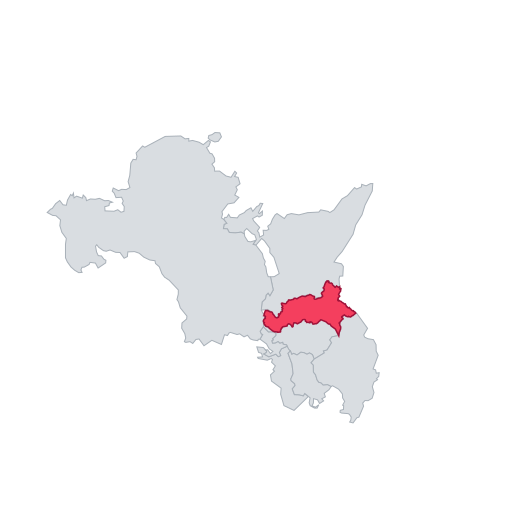 Pakistan highlighted among its neighbors, rotated 222°
{"feature_id": "PAK", "entity_name": "Pakistan", "entity_type": "country or territory", "adm_level": 0, "iso_a3": "PAK", "parent_name": "Asia", "parent_adm1": "", "projection": "equal_earth", "projection_center": [69.806, 30.395], "detail": "fine", "context": "with_neighbors", "style": "filled", "palette": "rose", "viewbox_px": 512, "rotation_deg": 222, "n_neighbors": 7, "source": "natural_earth", "source_scale": "50m", "svg_char_len": 13472}
<svg xmlns="http://www.w3.org/2000/svg" viewBox="0 0 512 512"><g transform="rotate(222 256 256)"><path d="M123.1,186.5L124.4,166.7L135.1,163.5L145.2,169.8L148.9,174.6L160.8,173.4L165.7,177.3L165.2,182.8L167.3,182.8L168.1,187.3L173.4,187.5L174.5,190.1L176.1,190.0L177.9,186.1L185.8,181.3L187.1,181.8L183.6,185.4L186.7,187.4L189.6,186.1L194.6,189.0L189.3,192.9L184.4,192.5L183.7,191.0L184.6,188.4L179.0,189.7L175.6,196.3L172.1,196.1L171.0,198.5L174.1,199.9L175.0,204.0L172.5,209.8L166.9,208.5L167.1,205.1L157.1,199.9L149.7,193.4L147.8,187.8L146.4,186.8L141.9,187.0L140.3,185.9L140.1,181.5L134.7,178.7L131.0,181.8L127.3,183.7L127.8,186.5L123.1,186.5Z" fill="#d9dde1" stroke="#a8b0b8" stroke-width="1"/><path d="M304.5,261.6L305.0,263.9L303.6,265.0L304.2,268.7L300.9,267.6L295.4,271.8L295.8,275.3L293.7,280.4L293.7,283.3L292.0,288.4L288.3,287.0L288.5,293.3L287.6,295.4L288.2,298.0L286.1,299.5L283.1,289.7L281.8,289.7L281.3,293.7L278.6,290.5L279.8,287.0L281.8,286.7L283.6,281.5L280.9,280.5L272.4,279.7L271.7,275.5L269.5,275.2L265.8,272.6L264.4,276.7L267.9,279.9L265.2,282.2L264.3,284.4L267.2,286.0L266.6,289.7L268.4,294.3L269.3,299.4L268.8,301.6L260.0,302.8L260.5,307.5L258.1,311.2L251.6,315.3L246.7,322.7L238.7,330.7L238.8,333.6L232.3,337.4L230.2,337.7L228.9,342.5L230.3,356.0L228.4,362.0L228.5,372.8L226.0,373.1L223.9,377.9L225.4,380.0L221.1,381.8L219.5,386.2L217.7,388.0L213.1,382.1L209.0,366.7L204.8,357.6L202.7,345.8L198.4,337.1L195.0,317.0L194.9,309.5L194.0,303.7L187.3,307.4L184.1,306.7L178.1,299.2L180.3,297.0L178.9,294.5L173.6,289.3L176.6,285.3L186.6,285.3L185.7,280.0L183.2,277.0L182.6,272.3L179.7,269.6L184.6,263.3L189.9,263.7L194.5,257.5L197.2,251.4L201.5,245.5L201.3,241.3L205.0,237.9L201.4,235.0L198.2,226.0L200.3,223.5L206.9,224.9L211.8,224.0L215.8,219.2L220.7,225.9L220.4,230.7L222.3,233.6L222.2,236.6L219.1,235.8L220.5,242.3L231.3,250.2L228.6,252.9L227.0,258.5L241.8,267.0L248.0,267.8L250.8,270.9L259.8,272.9L263.5,272.8L263.3,264.0L266.0,262.7L266.8,268.6L271.1,270.9L273.8,270.0L281.3,270.2L281.4,266.5L279.4,264.6L283.0,263.8L286.8,259.4L291.6,255.6L295.5,257.0L298.5,254.5L300.9,258.2L299.6,260.7L304.5,261.6Z" fill="#d9dde1" stroke="#a8b0b8" stroke-width="1"/><path d="M166.9,208.5L169.3,208.6L173.8,210.4L176.9,208.6L178.4,209.7L179.8,207.1L182.3,207.2L183.4,204.1L185.3,202.2L187.6,203.5L187.1,205.2L188.4,205.5L188.1,210.2L189.8,212.1L193.2,210.3L195.8,207.8L203.2,208.2L204.0,209.8L189.8,213.4L187.3,215.8L188.8,221.1L186.7,223.6L186.9,225.8L185.7,227.9L181.5,227.7L183.3,231.5L180.5,233.0L178.6,236.5L178.8,240.0L177.1,241.7L175.5,241.1L172.1,241.9L171.6,243.6L168.3,243.5L165.8,246.9L165.6,251.9L159.8,254.4L156.7,253.9L155.7,255.2L153.1,254.4L148.6,255.3L141.2,252.3L145.4,246.9L145.1,243.1L141.8,242.1L140.3,233.7L142.3,230.5L140.4,229.7L143.8,218.3L148.1,220.5L151.4,219.7L152.4,217.1L155.8,216.2L158.3,214.5L159.3,209.9L162.9,208.8L163.6,206.8L166.9,208.5Z" fill="#d9dde1" stroke="#a8b0b8" stroke-width="1"/><path d="M172.5,209.8L175.0,204.0L174.1,199.9L171.0,198.5L172.1,196.1L175.6,196.3L179.0,189.7L184.6,188.4L183.7,191.0L184.4,192.5L186.1,192.4L184.6,194.1L180.0,193.2L179.6,196.4L184.1,195.9L189.4,197.7L197.4,196.9L198.6,202.1L199.9,201.5L202.6,202.8L203.2,208.2L195.8,207.8L193.2,210.3L189.8,212.1L188.1,210.2L188.4,205.5L187.1,205.2L187.6,203.5L185.3,202.2L183.4,204.1L182.3,207.2L179.8,207.1L178.4,209.7L176.9,208.6L173.8,210.4L172.5,209.8Z" fill="#d9dde1" stroke="#a8b0b8" stroke-width="1"/><path d="M108.8,183.9L110.8,182.1L115.6,181.0L118.3,182.5L120.9,186.8L127.8,186.5L127.3,183.7L131.0,181.8L134.7,178.7L140.1,181.5L140.3,185.9L141.9,187.0L146.4,186.8L147.8,187.8L149.7,193.4L157.1,199.9L167.1,205.1L166.9,208.5L163.6,206.8L162.9,208.8L159.3,209.9L158.3,214.5L155.8,216.2L152.4,217.1L151.4,219.7L148.1,220.5L143.8,218.3L143.6,213.5L140.4,213.3L135.7,208.2L132.3,207.6L127.7,204.8L124.7,204.2L122.8,205.3L119.9,205.1L116.7,208.4L112.8,209.4L112.3,205.4L113.4,199.6L110.2,197.7L111.6,193.9L108.8,193.6L110.1,188.9L114.0,190.3L117.8,188.5L115.0,185.2L114.1,182.1L110.6,183.5L109.8,187.5L108.8,183.9Z" fill="#d9dde1" stroke="#a8b0b8" stroke-width="1"/><path d="M86.4,251.7L84.2,248.6L84.4,245.4L82.9,245.4L84.0,241.2L82.1,236.7L77.0,233.5L74.5,228.0L75.9,223.5L78.3,221.5L78.3,218.1L75.6,216.4L71.7,205.1L72.8,203.3L72.2,196.9L75.3,195.3L75.7,197.4L77.5,200.0L80.4,200.8L81.9,200.6L87.4,196.5L89.0,196.1L90.1,197.7L88.3,200.5L90.7,203.4L91.8,203.1L92.8,207.3L96.7,208.5L99.5,211.3L105.5,212.3L112.3,210.8L112.8,209.4L116.7,208.4L119.9,205.1L122.8,205.3L124.7,204.2L127.7,204.8L132.3,207.6L135.7,208.2L140.4,213.3L143.6,213.5L143.8,218.3L140.4,229.7L142.3,230.5L140.3,233.7L141.8,242.1L145.1,243.1L145.4,246.9L141.2,252.3L145.0,259.0L149.2,261.7L149.2,266.9L151.4,267.9L151.7,270.7L145.1,273.8L143.2,280.9L124.7,276.9L123.1,269.4L121.0,268.4L117.5,269.4L112.8,272.4L107.4,270.4L103.0,265.7L98.8,264.0L93.4,250.4L90.9,251.4L88.2,249.4L86.4,251.7Z" fill="#d9dde1" stroke="#a8b0b8" stroke-width="1"/><path d="M365.3,323.3L361.4,321.4L360.8,316.0L362.9,313.2L367.8,311.5L370.4,311.6L371.7,314.0L369.9,316.7L369.1,320.3L365.3,323.3ZM224.5,180.8L224.0,177.8L226.7,176.4L222.5,167.1L232.4,163.8L234.6,154.5L242.8,156.2L244.8,153.8L244.5,148.7L247.7,148.2L250.4,144.8L251.9,144.4L253.3,148.0L257.0,150.7L262.9,152.6L266.2,156.7L265.4,162.8L267.1,165.1L277.6,166.8L283.0,170.1L285.6,170.7L288.2,175.6L291.0,178.8L304.3,179.9L309.7,179.1L314.0,179.9L320.7,183.3L325.7,183.2L327.9,184.9L332.2,182.0L338.5,180.1L344.7,179.9L349.2,178.0L354.0,173.3L351.2,169.5L352.5,166.1L359.4,167.6L362.8,164.8L368.5,162.8L370.5,159.3L372.9,157.9L378.6,157.2L381.9,157.8L381.8,155.9L377.2,152.3L373.5,150.7L370.9,152.6L366.8,151.8L364.7,152.4L363.1,150.3L365.3,141.4L370.6,143.3L375.1,140.2L374.4,138.0L376.2,132.8L377.8,131.2L376.8,128.5L374.3,127.4L376.6,125.0L381.1,124.1L386.1,124.0L392.3,125.4L396.4,127.2L405.4,137.2L408.7,142.1L416.1,143.7L422.1,147.3L425.5,152.1L431.6,152.1L434.3,150.1L440.3,148.6L440.0,153.2L439.2,155.1L439.9,160.8L439.0,165.9L433.7,164.9L430.9,166.8L433.5,171.4L434.9,177.7L432.9,177.8L433.8,180.6L430.1,177.4L429.4,180.4L423.7,182.8L425.2,185.7L421.5,185.5L419.0,183.7L417.2,187.6L413.4,190.6L410.9,194.1L405.4,195.8L402.9,198.4L398.7,199.9L400.4,197.3L399.0,195.1L401.4,191.4L398.4,188.5L391.4,194.3L389.7,197.9L385.6,198.2L384.0,200.8L387.0,204.6L390.7,205.5L391.4,208.0L395.2,209.7L399.1,205.7L403.4,207.8L406.2,208.0L407.6,211.0L401.8,212.6L400.5,215.6L396.9,218.5L395.5,222.5L400.8,225.7L403.7,231.4L411.2,241.3L412.0,245.6L409.5,247.3L411.1,250.4L414.0,252.3L413.9,261.9L411.4,262.4L403.5,284.1L392.2,294.9L387.1,295.6L384.6,298.4L382.8,296.4L380.5,299.4L374.4,302.5L369.7,303.4L368.7,310.0L366.2,310.3L364.6,305.9L365.4,303.5L359.1,301.5L357.0,302.5L352.2,300.9L349.8,298.4L350.2,294.8L345.9,293.7L343.5,291.4L339.9,294.7L331.8,295.4L327.2,297.8L328.4,304.8L325.9,304.7L325.1,300.7L321.9,302.5L316.2,299.0L317.2,293.9L314.2,292.7L312.6,287.1L307.9,288.1L307.9,280.8L311.8,275.8L311.0,266.2L308.9,264.7L307.1,261.2L304.5,261.6L299.6,260.7L300.9,258.2L298.5,254.5L295.5,257.0L291.6,255.6L286.8,259.4L283.0,263.8L279.4,264.6L277.4,263.0L271.7,261.4L269.4,263.0L266.7,267.4L266.0,262.7L263.3,264.0L252.9,262.0L249.1,259.4L245.6,258.2L244.0,255.3L241.4,254.5L236.7,250.6L233.1,248.8L231.3,250.2L220.5,242.3L219.1,235.8L222.2,236.6L222.3,233.6L220.4,230.7L220.7,225.9L215.8,219.2L208.6,216.9L207.2,212.5L204.0,209.8L203.2,208.2L202.6,202.8L199.9,201.5L198.6,202.1L197.4,196.9L198.6,195.6L198.0,194.3L201.9,191.7L204.8,190.6L209.3,191.4L210.8,187.9L216.1,187.2L217.5,185.0L223.9,182.1L224.5,180.8Z" fill="#d9dde1" stroke="#a8b0b8" stroke-width="1"/><path d="M211.1,218.2L212.4,221.4L212.3,222.1L211.8,222.4L211.3,222.6L211.2,222.7L211.2,222.9L211.0,223.2L210.5,223.5L210.2,223.5L209.9,223.4L208.7,223.9L208.1,223.9L207.7,224.2L207.4,224.5L206.7,224.9L206.3,224.9L205.6,224.7L204.8,224.3L204.4,224.1L204.1,224.1L203.4,224.1L201.8,223.7L200.6,223.4L199.1,224.0L198.6,225.0L198.5,225.3L198.4,225.6L198.5,225.9L199.0,226.1L199.2,226.4L199.2,226.7L198.9,227.2L198.9,227.4L199.0,227.5L199.8,227.8L200.2,227.8L200.4,227.8L200.4,228.1L200.3,228.4L199.7,228.7L199.3,229.0L199.2,229.4L199.3,229.7L199.4,229.9L199.9,230.4L200.0,230.7L200.0,231.0L199.9,231.4L199.4,232.2L199.3,232.3L199.4,232.5L200.0,233.2L200.4,233.5L200.7,233.6L200.8,234.0L200.9,234.4L200.8,234.7L201.0,235.0L201.6,234.9L202.0,235.0L202.2,234.9L202.4,235.0L202.3,235.9L202.4,236.4L202.5,236.6L202.9,236.8L203.8,236.8L204.9,237.3L205.2,237.6L205.4,237.8L205.3,238.2L205.0,238.6L204.2,238.9L202.8,239.8L202.3,240.1L202.0,240.5L201.9,240.8L201.8,241.1L202.1,242.3L202.2,242.6L201.9,244.3L202.0,244.6L202.3,244.7L202.4,245.1L201.9,245.6L201.3,246.0L201.1,246.0L200.6,246.7L199.7,248.2L199.2,248.7L199.1,249.2L199.3,249.6L199.4,250.0L199.2,250.3L198.8,250.7L198.2,251.1L197.3,251.4L196.9,251.7L196.3,253.9L195.8,255.1L195.1,256.7L194.9,257.1L192.4,258.7L192.1,259.0L191.6,260.7L191.4,261.1L190.6,262.1L190.4,262.9L190.3,263.4L188.8,264.0L187.7,264.1L187.2,264.2L185.8,264.9L185.5,265.0L185.2,264.8L185.0,264.6L184.8,264.2L184.7,263.6L184.4,263.3L184.1,263.1L183.7,263.1L183.3,263.3L183.0,263.6L182.5,264.1L182.1,265.0L181.4,266.4L180.6,267.3L180.2,267.9L179.9,268.2L179.8,268.5L179.6,269.5L179.5,270.4L179.5,270.6L179.7,270.8L180.7,271.5L181.5,271.7L182.1,271.8L182.4,272.0L182.5,272.2L182.6,272.4L182.5,274.0L182.2,274.8L182.2,275.3L182.3,275.8L183.1,277.1L183.4,277.2L183.9,277.2L184.2,277.2L184.5,277.1L184.8,277.3L184.9,277.5L184.8,278.8L185.1,279.3L185.5,280.1L185.9,281.0L186.2,282.0L186.5,282.8L186.7,283.3L186.4,283.5L186.3,284.0L186.3,284.3L186.3,284.5L186.5,284.7L186.6,284.8L186.6,285.0L186.4,285.2L186.1,285.2L185.9,285.4L185.6,285.9L185.4,286.0L185.2,286.0L184.9,285.9L184.5,285.7L184.4,285.4L184.5,285.1L184.4,284.9L184.1,284.9L183.2,285.3L182.3,285.7L182.0,286.3L181.6,286.4L181.0,286.4L180.6,286.4L179.9,285.8L177.9,285.8L177.6,285.7L177.3,285.8L176.9,285.7L176.7,285.8L176.4,285.6L176.2,285.6L176.1,285.8L176.1,287.7L175.0,287.7L174.0,287.9L173.5,288.3L173.4,288.7L173.3,289.0L173.1,288.6L172.9,288.4L172.8,288.5L172.5,288.5L172.1,288.0L171.9,288.5L171.2,288.6L171.2,288.3L171.1,287.9L170.8,288.2L170.5,287.8L170.4,287.3L170.2,287.1L169.9,286.9L169.6,286.4L169.6,285.8L169.5,285.2L169.0,282.8L168.7,282.6L166.9,282.2L166.8,281.8L166.9,280.7L166.9,280.0L166.3,279.0L166.2,278.4L165.7,277.9L165.2,277.7L164.7,277.8L164.5,278.0L164.3,278.4L165.3,278.3L165.6,278.4L165.8,278.6L165.6,278.6L165.2,278.5L164.8,278.5L163.2,278.8L162.3,279.2L161.0,279.1L159.5,279.5L158.2,279.5L157.6,280.2L157.3,280.1L157.1,279.9L155.3,279.3L155.2,279.1L154.9,278.9L154.6,279.2L154.3,279.3L153.4,279.0L152.6,279.2L152.3,279.5L152.3,280.1L151.4,280.0L150.9,279.8L150.2,280.0L148.6,279.7L148.1,279.8L147.6,280.1L147.3,280.4L147.0,280.5L146.7,280.1L146.4,280.0L146.2,280.1L145.9,280.4L145.1,280.6L144.4,280.5L143.6,280.2L143.8,279.6L144.0,277.8L144.1,277.1L144.1,276.8L144.1,276.7L144.4,276.4L144.5,276.2L144.8,274.3L145.0,273.9L146.1,273.3L146.3,273.0L146.8,273.1L146.9,272.7L147.1,272.3L147.5,272.0L147.7,271.9L148.6,271.7L149.1,271.4L149.3,271.4L150.7,271.4L151.0,271.3L151.0,271.2L151.1,270.2L151.4,270.0L151.3,269.2L151.4,268.8L151.7,268.5L151.7,268.3L151.5,268.0L151.2,267.8L151.1,267.7L149.9,267.9L149.5,267.8L149.3,267.7L149.2,267.6L149.3,267.4L149.3,267.1L149.5,266.6L149.5,266.2L149.4,264.4L149.3,263.2L149.4,262.0L149.4,261.8L149.3,261.7L149.2,261.7L148.5,261.8L147.9,261.0L147.6,260.7L146.6,260.3L146.2,260.3L145.5,259.9L144.4,258.5L144.1,258.0L143.9,257.2L143.2,255.6L143.2,255.2L141.1,252.1L147.8,254.7L148.3,254.8L153.2,254.3L154.9,254.7L155.5,254.9L155.9,254.5L156.3,254.2L156.8,254.0L157.4,253.9L158.8,253.9L159.2,253.9L160.0,253.9L164.8,252.2L165.1,252.1L165.3,251.7L165.2,251.0L165.1,250.6L165.3,250.1L165.4,249.4L165.4,248.3L165.4,247.7L165.7,246.5L165.9,245.9L166.6,245.4L166.8,245.2L167.4,244.2L167.8,243.8L168.2,243.5L168.7,243.6L169.1,243.9L169.8,244.1L170.6,244.0L171.2,243.7L171.5,243.5L171.8,243.3L171.8,243.1L171.5,242.9L171.2,242.7L171.2,242.4L171.4,242.2L171.9,242.1L173.1,241.4L173.6,240.9L173.7,240.6L174.0,240.6L174.4,240.8L175.0,240.9L175.3,240.7L175.7,240.6L176.0,240.9L176.2,241.2L176.5,241.5L176.9,241.6L177.3,241.4L177.8,241.0L178.7,239.8L178.5,236.9L178.7,236.4L179.0,236.0L179.2,235.5L179.2,235.0L179.5,234.6L179.7,233.5L180.0,233.2L180.6,233.1L181.5,233.0L183.0,231.9L183.1,231.5L182.8,231.0L182.4,230.0L182.1,229.4L181.3,228.4L181.4,227.7L181.8,227.5L183.0,227.9L183.3,228.0L183.7,228.1L184.7,228.1L185.6,227.9L186.4,227.5L186.6,227.1L186.6,225.7L186.3,225.3L186.1,225.0L186.1,224.7L186.3,224.6L186.5,224.3L186.7,223.8L187.2,223.3L187.5,222.8L188.2,222.2L188.4,221.7L188.6,221.4L188.8,221.1L188.8,220.8L188.5,220.4L188.5,220.1L188.8,219.7L188.7,218.9L188.4,218.6L188.3,217.9L188.0,217.2L187.9,217.0L187.6,216.6L187.1,216.3L187.0,216.0L187.2,215.6L187.5,215.3L188.2,214.6L188.5,214.1L188.8,213.8L189.2,213.8L189.5,213.8L189.7,213.5L190.1,213.2L190.9,212.7L191.1,212.3L191.5,212.1L191.8,212.0L192.3,211.9L193.1,211.5L194.7,211.4L195.2,211.3L198.0,211.2L199.0,211.6L199.9,211.2L201.3,210.5L201.6,210.4L202.0,210.4L202.3,210.5L202.8,210.8L203.6,210.6L203.9,210.7L204.8,211.1L205.0,211.2L205.2,212.1L205.3,212.1L205.8,211.9L206.2,212.0L206.7,212.3L207.0,212.6L207.2,212.8L207.4,213.3L207.6,214.1L207.6,215.3L207.5,215.5L207.3,215.8L207.4,216.0L207.5,216.2L208.1,216.4L208.2,216.6L208.4,217.3L208.6,217.4L208.9,217.4L209.5,217.2L210.0,217.0L210.2,216.9L210.2,217.6L210.5,217.8L211.1,218.2Z" fill="#f43f5e" stroke="#9f1239" stroke-width="1.5"/></g></svg>